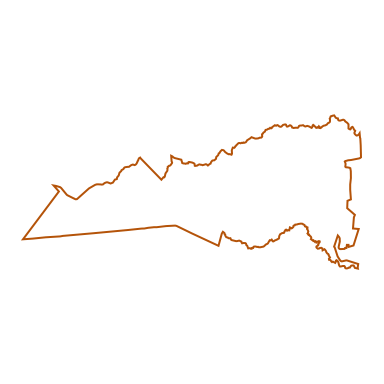 Turbo, Rift Valley, Kenya (Robinson projection)
{"feature_id": "3690345B72874132614538", "entity_name": "Turbo", "entity_type": "district", "adm_level": 2, "iso_a3": "KEN", "parent_name": "Kenya", "parent_adm1": "Rift Valley", "projection": "robinson", "projection_center": [35.133, 0.601], "detail": "fine", "context": "isolated", "style": "outline", "palette": "amber", "viewbox_px": 384, "rotation_deg": 0, "n_neighbors": 0, "source": "geoboundaries", "source_scale": "gbopen_adm2", "svg_char_len": 6108}
<svg xmlns="http://www.w3.org/2000/svg" viewBox="0 0 384 384"><path d="M357.9,268.6L357.7,267.6L358.2,264.0L346.8,260.4L346.1,260.4L341.8,261.4L340.8,261.0L339.9,260.0L337.6,256.4L334.7,247.4L334.1,246.7L337.8,235.5L339.2,237.2L339.7,238.3L339.8,241.6L338.8,246.1L338.6,247.3L338.8,248.1L339.5,248.9L340.4,249.1L344.6,248.9L345.0,248.0L345.6,247.9L346.4,248.0L346.9,244.9L348.5,244.9L348.7,246.9L353.5,245.5L358.7,229.0L353.0,228.5L353.9,217.3L354.9,214.9L347.2,208.2L347.5,200.8L350.9,199.4L350.2,189.8L350.2,184.4L350.9,178.1L350.8,171.2L350.3,168.2L349.6,167.8L347.6,167.4L346.0,167.3L345.3,166.7L345.6,164.0L345.3,162.8L344.8,161.5L345.4,161.0L346.1,160.9L348.1,160.3L351.1,160.0L359.2,158.4L360.1,158.0L361.0,157.3L360.7,145.2L360.3,138.4L360.0,137.6L359.6,133.2L358.6,134.7L357.8,135.2L356.8,135.6L356.1,135.3L354.8,134.0L354.4,133.1L354.5,132.3L354.9,131.7L355.2,130.8L354.2,129.8L353.0,127.5L352.5,126.9L351.7,127.2L351.2,127.7L350.9,128.7L350.3,129.4L349.5,129.2L348.5,128.5L348.5,124.3L347.2,122.8L345.1,121.3L344.8,120.6L343.9,119.9L343.1,119.7L340.2,120.6L339.2,120.6L338.4,120.2L338.0,119.2L337.9,118.4L336.6,118.2L335.7,117.7L334.2,115.4L332.6,115.7L332.0,116.0L331.2,116.1L330.6,116.5L330.3,117.7L329.7,118.6L330.0,119.6L330.0,121.2L329.8,122.0L329.2,122.6L327.9,123.2L326.8,124.6L325.2,125.4L323.7,125.7L322.3,126.5L321.6,127.3L320.5,128.1L319.7,128.0L319.6,126.9L319.0,126.4L318.8,127.2L318.2,127.6L317.4,127.2L316.8,127.9L316.1,127.8L315.1,126.5L314.4,126.2L313.9,125.4L313.2,124.9L312.7,125.4L312.1,127.5L311.5,127.9L309.4,126.6L308.0,126.1L307.2,125.9L305.4,126.5L304.5,126.2L303.1,125.2L301.6,125.5L299.8,125.6L299.0,126.0L298.5,127.1L297.8,127.8L295.7,127.7L293.4,128.0L292.7,127.6L292.1,127.5L291.8,126.5L290.6,125.4L289.8,125.3L288.6,126.1L287.6,126.6L286.8,126.5L286.3,125.6L286.0,124.7L285.2,124.4L283.1,124.9L281.4,126.6L280.4,126.8L279.4,126.5L277.6,125.1L277.0,125.2L276.3,125.7L275.5,125.6L274.9,125.2L272.1,127.2L271.7,128.1L271.0,128.4L270.1,127.8L268.9,128.9L268.1,128.9L266.9,129.7L265.6,129.9L264.9,131.6L263.3,132.7L263.0,133.5L262.0,134.3L262.2,136.5L261.7,137.3L261.0,137.7L260.0,137.6L258.1,138.4L255.8,138.6L255.0,138.5L251.5,137.2L250.1,138.4L247.1,140.3L246.2,141.8L245.7,142.3L243.9,142.9L243.3,142.5L242.4,143.0L241.6,142.8L240.6,143.3L239.6,143.0L238.6,143.1L237.8,143.7L237.3,144.4L236.5,145.0L235.9,145.9L235.2,146.4L234.9,147.2L234.3,147.8L232.8,147.6L231.8,150.3L232.0,153.7L231.5,154.7L229.7,154.1L228.9,154.3L227.3,153.6L225.1,152.0L224.0,150.6L223.4,150.2L221.9,149.9L220.4,151.4L219.4,153.1L218.7,153.4L218.2,155.1L216.2,157.1L216.0,158.8L214.3,160.3L213.0,160.4L212.2,160.7L210.9,162.4L210.6,163.6L209.7,164.0L207.9,165.5L206.7,164.5L205.9,164.2L202.6,165.2L201.7,164.8L201.0,164.8L199.5,164.4L198.5,164.7L197.4,165.5L195.6,165.9L194.8,165.8L194.5,163.8L193.9,163.3L192.4,162.6L189.5,162.0L188.6,162.1L188.4,163.0L187.9,163.5L187.1,163.2L185.7,163.8L184.9,163.5L183.8,163.5L182.3,163.1L181.3,159.7L174.9,158.1L173.6,157.5L172.4,156.4L171.2,155.8L171.6,161.3L172.1,162.4L172.0,163.1L170.5,165.2L169.6,165.8L169.0,165.8L167.7,166.9L167.8,167.8L167.3,168.6L167.5,169.8L167.3,170.8L165.5,173.4L164.8,176.5L164.3,177.3L163.5,177.2L161.4,179.7L140.5,158.2L140.2,157.6L139.3,158.0L138.8,158.7L138.4,159.5L138.1,160.6L137.5,161.3L137.3,162.1L136.6,163.5L136.0,164.3L135.2,164.9L134.3,165.1L133.6,164.7L132.6,164.6L131.1,165.2L129.0,166.8L127.4,166.9L125.3,167.2L124.5,167.5L123.9,168.2L123.4,169.1L121.6,170.1L121.2,171.1L119.5,172.7L118.7,175.5L117.1,177.4L116.8,179.1L114.9,179.6L112.9,182.6L110.6,183.5L107.5,182.3L106.5,182.3L104.5,183.1L103.0,184.4L101.8,184.6L100.2,184.4L97.0,184.3L95.2,184.8L89.0,188.4L77.0,199.1L75.8,199.3L74.9,199.0L67.3,195.2L66.7,194.7L61.1,187.9L60.0,187.1L55.9,185.9L53.6,185.5L58.9,191.5L23.0,239.3L32.8,238.6L45.7,237.3L60.2,236.4L62.9,235.9L93.8,233.2L128.1,230.0L141.3,228.6L144.4,228.5L148.2,227.8L154.0,227.2L156.7,227.2L165.9,226.1L175.1,225.6L176.5,225.9L192.1,233.5L218.5,245.8L221.8,233.6L222.9,231.8L224.4,233.0L224.5,234.0L225.2,234.5L225.2,235.5L226.3,237.2L227.7,237.5L228.2,238.0L228.9,238.3L230.4,238.2L231.0,239.6L231.7,240.1L235.9,241.1L237.1,241.1L239.2,240.6L241.4,241.6L241.6,242.5L242.1,243.3L243.5,243.0L245.3,243.1L246.0,243.6L246.4,245.2L247.2,245.7L248.2,248.4L249.6,248.2L250.5,248.4L251.0,248.8L251.7,248.7L251.8,248.0L252.4,247.8L253.2,247.9L253.6,246.8L254.2,246.5L255.6,246.5L257.2,247.0L258.0,246.8L258.6,247.2L260.1,247.3L263.5,246.6L264.2,246.1L266.0,244.4L267.4,243.8L267.9,243.4L269.0,241.4L269.8,240.2L270.7,240.4L271.7,239.6L272.8,241.3L273.5,241.4L275.1,240.3L275.9,240.1L276.7,239.6L277.5,239.4L278.0,238.9L278.9,238.5L279.1,237.8L279.2,236.2L280.1,234.3L282.1,233.1L283.9,232.9L284.3,232.3L284.4,231.5L285.0,230.9L285.3,230.1L286.1,229.6L286.8,229.9L287.1,230.7L287.9,230.5L288.5,230.1L289.3,230.3L289.9,227.4L290.7,227.7L291.3,228.4L292.0,228.2L292.8,227.5L293.4,226.8L293.5,225.8L294.1,225.4L294.8,225.3L295.2,224.6L296.8,224.5L298.3,224.0L300.9,223.6L302.6,223.8L303.3,224.5L304.0,224.7L304.6,225.1L304.9,226.3L305.5,226.7L306.2,226.6L306.7,227.1L307.5,227.4L307.5,228.1L307.0,228.5L307.1,229.2L307.6,229.7L308.3,231.4L308.0,232.2L308.0,233.0L307.5,233.5L308.5,234.9L309.2,234.7L309.4,235.4L310.8,236.6L311.2,237.4L311.3,238.5L310.9,239.1L312.5,240.3L313.3,240.2L313.5,241.1L314.5,241.2L314.9,241.8L315.6,241.2L316.2,241.6L316.4,242.3L316.9,241.8L317.8,241.8L318.3,241.2L319.0,241.1L319.7,241.4L319.6,242.3L318.1,244.1L318.4,244.8L318.0,245.5L316.6,246.3L316.3,247.0L316.7,247.8L317.8,248.7L319.1,248.5L319.6,248.1L321.2,247.8L322.3,248.4L322.6,250.3L324.4,249.2L325.1,249.8L326.1,251.3L326.4,252.4L327.5,253.7L328.1,253.9L328.6,254.5L328.7,255.4L330.0,257.5L328.9,258.8L329.1,259.8L329.7,259.8L330.5,260.1L331.4,261.6L332.0,262.1L332.8,261.6L335.2,262.9L335.8,261.8L335.9,260.6L336.6,260.2L338.0,261.5L338.4,262.5L339.1,265.2L339.8,266.4L340.7,266.5L342.8,266.0L344.2,266.0L344.8,266.5L345.2,267.9L346.0,268.4L347.0,268.4L348.5,267.9L349.0,267.5L349.8,267.6L350.9,266.0L351.4,265.6L353.1,265.4L353.7,265.5L354.9,267.9L357.9,268.6Z" fill="none" stroke="#b45309" stroke-width="2"/></svg>